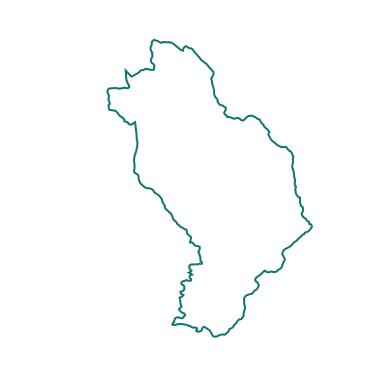 the district of Chapada da Natividade, Tocantins, Brazil, rotated 298°
{"feature_id": "56859067B42191858406182", "entity_name": "Chapada da Natividade", "entity_type": "district", "adm_level": 2, "iso_a3": "BRA", "parent_name": "Brazil", "parent_adm1": "Tocantins", "projection": "robinson", "projection_center": [-47.867, -11.515], "detail": "fine", "context": "isolated", "style": "outline", "palette": "teal", "viewbox_px": 384, "rotation_deg": 298, "n_neighbors": 0, "source": "geoboundaries", "source_scale": "gbopen_adm2", "svg_char_len": 6022}
<svg xmlns="http://www.w3.org/2000/svg" viewBox="0 0 384 384"><g transform="rotate(298 192 192)"><path d="M307.8,154.8L308.7,153.1L310.3,148.3L311.2,146.4L312.0,144.4L312.2,142.7L312.4,140.9L313.1,138.0L313.7,136.3L314.5,135.1L314.8,133.7L316.0,130.5L316.5,129.0L317.4,127.3L318.3,125.4L318.3,123.5L317.7,121.9L317.9,118.2L316.7,117.3L314.4,117.0L312.5,117.6L312.2,115.5L314.1,106.2L314.2,103.1L313.3,102.0L313.2,100.4L311.9,99.0L311.5,97.2L309.0,94.2L309.2,92.1L309.2,90.4L308.8,89.0L308.4,86.9L305.9,86.1L304.2,86.8L302.4,87.5L300.5,87.3L298.9,88.2L297.2,89.9L296.4,91.6L294.7,92.1L293.6,93.4L291.2,93.5L289.4,93.5L288.0,94.5L287.1,95.8L286.9,98.0L286.0,99.4L284.5,99.8L283.2,100.5L281.8,100.8L280.8,98.9L280.1,96.9L279.8,95.5L279.3,93.7L278.1,92.5L276.8,91.9L275.9,90.2L274.5,89.3L273.1,89.2L271.3,88.3L269.6,87.1L268.0,86.2L265.4,84.3L268.1,76.5L266.6,77.5L261.9,80.3L260.4,81.4L259.0,82.7L257.8,84.3L256.5,86.4L255.1,87.3L253.8,86.8L252.7,85.1L252.3,83.1L250.9,81.8L249.7,80.1L248.8,78.6L248.5,77.1L247.9,75.7L247.0,74.4L246.4,73.1L245.5,71.8L244.5,70.2L243.0,69.7L240.2,70.5L238.2,73.5L236.7,74.0L235.2,74.5L233.4,75.6L232.4,77.1L231.3,78.0L229.4,77.6L227.4,78.9L225.8,80.3L227.0,84.2L227.7,85.9L227.6,87.3L226.4,90.2L225.6,91.8L225.1,93.6L225.0,96.3L224.1,98.2L222.6,99.1L223.1,100.8L223.2,102.8L222.3,104.2L222.5,106.1L224.3,107.6L225.8,108.3L226.9,109.0L215.7,116.7L212.9,118.2L211.6,119.5L210.2,120.5L209.0,121.1L207.7,121.6L206.6,122.3L205.2,122.7L203.5,122.9L201.7,123.7L199.8,123.8L198.5,124.3L197.2,124.1L195.9,124.8L193.9,125.5L192.1,126.1L191.1,127.2L189.9,128.0L186.8,129.7L185.2,130.4L183.1,131.0L182.1,132.4L182.0,134.7L181.5,136.6L180.4,137.8L178.8,138.5L177.3,139.8L176.2,141.4L175.3,142.7L174.8,144.6L174.3,146.9L174.0,148.4L174.1,149.9L174.9,152.0L175.5,153.8L175.6,155.5L175.0,157.6L173.8,159.4L173.8,161.2L173.5,163.6L173.1,165.3L172.5,166.8L171.4,168.8L169.6,170.5L168.5,171.9L167.7,173.3L167.1,174.6L165.5,175.2L164.5,177.3L164.3,178.8L163.8,180.3L163.4,181.7L163.2,183.4L161.2,186.2L159.5,187.6L158.6,189.2L158.4,191.2L157.7,193.0L156.8,194.1L156.6,195.9L155.8,198.1L156.0,200.8L155.7,203.1L156.2,204.5L155.4,205.6L154.1,206.3L153.0,207.3L152.6,209.0L152.1,210.4L151.7,212.4L149.7,213.1L148.1,213.5L146.5,213.9L147.4,215.4L147.2,217.3L146.4,219.0L146.3,221.0L147.0,222.7L147.3,224.3L145.8,225.5L143.9,225.7L142.1,225.7L141.1,227.5L139.8,228.1L138.8,229.7L137.1,230.6L135.1,232.0L134.6,233.9L133.0,234.2L132.2,232.3L130.8,231.0L129.7,229.0L127.9,225.6L126.6,224.5L124.5,224.6L122.7,226.5L122.3,228.5L120.9,228.1L119.4,227.1L119.6,229.0L119.1,230.8L118.2,229.6L116.4,229.4L115.2,230.4L114.7,232.2L113.3,232.6L112.4,231.4L111.8,230.1L111.7,228.6L110.2,227.4L108.9,225.9L107.6,225.1L106.0,225.6L105.6,227.3L105.6,228.9L104.0,230.1L102.3,231.0L101.0,230.6L99.8,229.9L98.4,228.6L97.0,229.9L97.0,232.8L95.6,232.6L94.1,231.7L92.9,230.6L91.6,231.7L90.1,232.9L88.3,234.1L86.8,235.4L85.8,236.6L84.3,236.1L82.4,235.5L81.3,237.5L80.8,239.6L81.1,241.7L80.3,243.8L76.3,242.9L75.3,241.4L75.0,238.7L74.0,237.4L72.8,236.4L70.0,236.7L68.7,237.4L67.4,236.6L65.7,236.8L66.4,239.2L67.8,240.7L68.8,241.8L69.6,243.1L70.5,244.9L71.2,246.5L71.7,248.1L72.0,249.5L72.8,253.2L72.4,255.3L72.9,256.7L73.6,258.1L74.1,260.2L72.9,261.0L71.4,260.7L71.2,262.4L72.6,264.4L73.9,265.4L75.8,265.1L77.7,265.2L78.7,266.2L78.3,271.2L77.9,273.0L77.0,274.6L75.9,276.2L74.7,277.9L74.8,279.8L75.6,280.9L76.4,282.1L78.1,283.1L79.5,284.5L80.6,285.9L81.6,288.2L83.8,288.8L85.3,289.5L86.9,289.7L88.7,289.4L90.2,290.8L92.1,291.7L94.1,291.6L96.3,292.5L100.1,292.8L101.7,293.6L102.8,295.1L104.6,295.4L106.8,295.8L108.4,294.8L110.0,294.4L111.7,293.8L113.6,293.6L115.9,292.4L117.5,290.8L118.8,289.9L120.2,289.4L121.6,288.3L123.3,287.9L124.9,288.1L126.7,288.9L128.0,290.1L130.6,292.9L131.8,293.1L133.2,293.2L134.6,293.7L136.0,294.7L137.5,295.0L139.3,295.1L140.9,294.8L141.9,293.7L143.0,291.9L143.2,289.9L144.4,288.9L145.7,288.7L147.2,289.2L148.4,289.9L150.0,290.6L151.5,291.4L154.1,292.2L155.4,292.5L156.8,293.3L156.5,295.5L156.8,296.9L158.1,298.3L159.1,299.5L159.4,301.1L160.0,302.3L161.0,303.7L162.4,304.3L163.6,304.7L165.0,305.5L166.5,306.3L168.3,306.5L169.7,306.1L171.6,305.8L173.3,305.8L174.6,305.9L176.4,305.4L177.7,303.6L178.5,302.2L179.5,300.9L181.2,300.4L183.0,300.3L184.2,300.5L185.6,301.1L186.7,302.0L189.3,303.8L191.0,304.6L192.2,305.0L193.9,305.3L195.5,305.7L197.4,306.9L199.2,307.6L200.6,307.9L202.0,308.3L203.3,309.1L205.0,309.3L206.2,309.7L207.2,310.8L208.9,310.7L210.0,311.5L211.1,312.7L212.5,313.4L214.0,313.8L215.7,314.1L217.2,314.3L218.5,313.5L219.3,312.3L218.8,310.7L220.5,309.4L220.6,307.0L221.8,305.1L221.9,303.3L222.5,301.2L223.7,299.3L225.3,298.9L227.1,298.9L228.6,298.4L229.7,297.6L230.7,296.5L230.9,294.6L232.3,293.6L233.7,291.9L235.1,291.6L236.5,290.7L237.8,290.0L237.3,288.5L238.0,287.3L238.6,285.8L239.8,284.1L241.6,282.9L242.9,281.8L244.2,281.7L245.6,281.3L245.9,279.9L247.5,278.9L249.4,278.0L251.1,277.3L252.8,275.7L253.9,274.7L255.3,274.0L256.6,273.0L257.7,272.2L259.2,270.8L260.5,269.1L262.2,268.3L263.5,267.6L264.9,267.6L266.3,267.1L267.7,266.0L269.1,265.2L270.6,265.0L271.6,263.8L272.7,262.6L273.6,261.4L274.1,260.0L274.2,258.2L274.7,256.5L275.6,255.1L275.8,253.3L273.6,249.9L273.5,247.6L273.5,245.4L274.0,243.1L274.5,240.8L274.8,238.7L275.7,236.7L276.9,234.9L277.7,233.5L278.6,232.5L280.0,232.1L281.3,232.0L282.2,230.5L282.8,228.8L283.0,227.1L283.5,225.3L284.9,223.6L285.9,220.3L286.8,218.9L287.8,217.7L287.4,216.3L287.4,214.8L287.9,212.7L287.7,210.6L287.4,208.8L285.7,206.3L284.3,205.5L282.6,204.7L280.8,204.5L279.6,203.9L278.6,202.7L278.8,200.8L279.1,199.2L278.9,197.5L276.5,194.9L276.1,192.7L276.1,191.0L275.3,189.1L274.8,187.5L275.8,186.7L275.9,184.9L276.9,183.2L280.9,183.1L282.6,181.9L282.3,180.4L282.8,178.8L282.3,176.7L282.2,174.9L283.0,173.7L283.7,172.1L285.4,171.4L286.2,169.8L286.9,167.8L288.1,166.2L289.8,165.0L291.4,164.3L292.9,162.9L294.8,161.5L295.7,160.3L298.2,158.2L299.9,157.0L301.3,155.6L303.0,155.9L304.7,155.8L306.4,155.5L307.8,154.8Z" fill="none" stroke="#0f766e" stroke-width="2"/></g></svg>